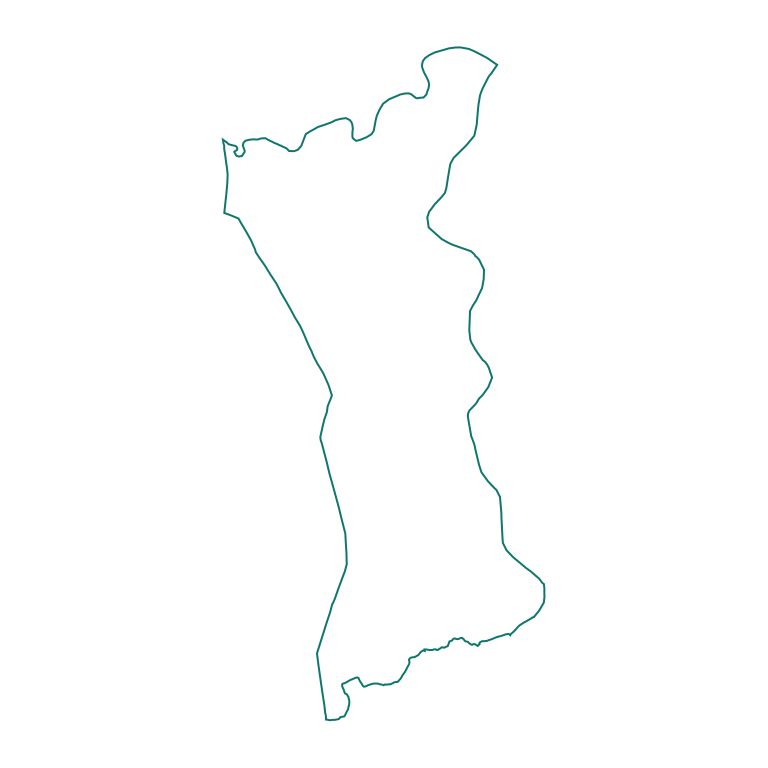 outline of Ziguinchor, Ziguinchor, Senegal, rotated 89°
{"feature_id": "50182788B19119296887329", "entity_name": "Ziguinchor", "entity_type": "district", "adm_level": 2, "iso_a3": "SEN", "parent_name": "Senegal", "parent_adm1": "Ziguinchor", "projection": "albers", "projection_center": [-16.18, 12.511], "detail": "fine", "context": "isolated", "style": "outline", "palette": "teal", "viewbox_px": 768, "rotation_deg": 89, "n_neighbors": 0, "source": "geoboundaries", "source_scale": "gbopen_adm2", "svg_char_len": 5743}
<svg xmlns="http://www.w3.org/2000/svg" viewBox="0 0 768 768"><g transform="rotate(89 384 384)"><path d="M66.9,265.3L64.4,268.8L59.8,275.2L56.7,280.8L52.8,288.1L50.5,293.2L48.8,301.6L48.8,306.8L49.5,313.0L53.4,327.5L56.1,333.2L58.9,337.3L62.0,339.6L65.6,340.4L68.2,340.3L73.3,338.5L77.9,336.1L82.0,334.3L85.4,333.6L89.3,334.4L92.0,335.5L95.3,336.6L98.3,339.5L98.4,342.8L98.9,345.0L98.7,346.9L94.6,352.0L93.8,354.5L94.0,358.6L94.8,362.6L96.7,367.2L99.2,373.6L103.7,380.0L108.5,383.0L109.5,383.6L115.9,386.6L120.5,387.8L125.1,388.7L130.7,389.9L134.0,392.1L137.0,397.2L139.4,403.4L140.4,407.5L139.0,409.5L137.5,411.0L135.6,411.3L133.6,411.2L131.7,411.2L128.4,410.7L123.7,411.2L121.5,412.1L119.5,413.6L117.5,417.5L118.2,423.1L119.4,427.8L121.5,432.1L123.5,438.0L125.9,445.6L127.9,449.2L129.8,452.9L131.3,455.4L132.7,457.8L134.9,458.7L135.4,458.9L144.4,462.5L148.3,466.0L149.6,469.7L149.6,470.9L149.4,474.8L148.4,475.7L146.6,477.5L146.4,478.1L146.0,478.7L145.5,479.9L145.1,480.7L144.8,481.3L144.3,482.2L143.7,483.5L143.2,484.8L142.8,485.5L142.5,485.9L141.7,487.8L141.2,489.1L140.7,490.1L139.8,491.5L139.1,493.4L138.3,494.6L137.5,496.3L136.5,497.6L136.2,498.2L136.3,502.7L136.8,504.2L137.4,506.0L137.1,510.1L137.4,514.0L138.4,518.5L140.4,520.3L143.0,521.0L145.0,520.4L148.2,519.2L149.9,519.5L152.2,521.2L153.5,522.0L154.1,525.0L153.6,526.3L153.1,527.6L152.4,528.0L149.4,529.7L148.3,528.5L147.7,527.1L146.8,526.6L145.2,526.7L144.3,527.3L143.4,528.4L142.7,531.2L142.6,531.5L142.1,533.3L141.4,535.4L140.6,536.1L139.5,537.2L136.9,540.8L140.6,540.3L142.9,539.6L146.0,539.7L151.5,538.9L160.4,537.9L165.4,537.2L171.6,536.7L174.3,536.8L180.8,537.2L191.8,538.4L205.2,540.1L210.2,540.7L212.2,535.4L216.0,526.6L220.8,524.0L228.1,519.8L237.9,514.5L247.4,510.5L250.0,509.9L256.2,506.0L262.9,501.4L272.2,495.9L282.2,489.5L291.1,485.3L301.1,479.7L308.5,475.7L316.3,471.7L324.6,466.8L331.6,463.7L344.7,458.4L349.9,455.9L355.8,453.6L361.2,450.9L361.7,450.7L362.0,450.6L365.0,448.7L372.0,444.6L384.1,439.5L394.4,436.3L396.7,437.1L405.2,440.7L411.1,441.6L417.8,444.1L426.2,446.3L435.9,448.6L439.1,448.3L441.7,447.4L449.7,445.4L460.8,442.7L473.5,439.9L481.7,437.7L495.0,434.3L506.0,431.5L516.7,429.1L532.8,425.3L540.9,425.0L552.0,424.5L563.8,424.4L566.2,425.2L570.4,426.3L575.8,428.5L588.9,433.6L597.1,436.6L602.2,438.8L602.5,439.3L606.4,440.5L611.4,441.9L622.2,445.7L652.1,455.7L654.2,455.5L666.0,454.2L691.4,451.0L705.3,449.1L711.7,448.6L714.0,448.0L717.4,447.8L718.5,447.8L718.7,447.0L718.7,446.2L718.9,445.5L719.1,445.0L719.2,443.7L719.1,442.6L718.9,441.1L719.0,439.4L718.8,438.4L718.6,437.1L718.2,435.1L717.2,434.1L716.3,433.4L715.9,430.9L715.6,429.4L713.4,428.2L709.9,426.4L708.6,425.5L707.7,425.4L706.5,425.2L704.7,424.6L702.9,424.3L700.3,424.2L698.3,424.6L697.4,425.0L696.1,425.0L695.2,425.7L693.6,426.6L692.6,428.5L690.8,429.1L689.3,429.5L685.6,431.1L683.8,431.0L683.5,431.0L683.0,430.7L682.7,429.7L682.4,428.4L681.5,426.7L680.9,425.5L680.1,424.2L679.1,422.2L678.4,420.2L677.7,418.7L677.3,417.6L676.9,415.9L677.4,414.7L679.3,413.9L680.8,413.2L682.4,412.1L683.2,411.6L683.7,411.3L684.2,411.0L685.0,410.7L685.4,410.3L686.2,409.6L686.2,408.3L685.6,406.6L684.9,405.3L684.5,404.0L683.9,402.1L683.4,399.9L683.3,398.5L683.4,397.5L683.4,395.5L684.1,393.6L684.7,390.6L685.2,389.6L684.4,388.3L684.7,386.4L684.2,384.3L684.5,383.3L684.2,382.4L683.3,380.5L682.5,378.9L682.1,377.3L682.2,376.2L682.0,375.5L678.8,372.4L675.6,370.6L671.8,367.8L670.8,367.3L669.7,366.7L667.7,365.6L664.5,363.8L662.5,363.3L660.2,363.9L658.9,363.1L658.0,361.6L657.8,360.6L657.7,359.0L657.3,357.5L656.7,356.5L655.6,354.4L654.2,353.3L654.0,353.1L652.3,351.6L651.1,349.5L651.6,347.9L650.1,348.1L650.2,345.9L650.8,343.1L650.8,340.5L650.2,338.6L650.2,337.1L650.3,336.6L650.6,336.4L650.7,336.0L650.9,335.0L650.6,334.3L650.2,334.0L649.3,332.3L648.2,330.6L648.7,328.3L648.0,327.0L647.4,325.4L647.2,325.1L647.1,324.8L642.5,323.0L641.8,320.6L640.1,319.3L639.7,318.4L639.7,317.4L640.3,316.2L640.3,315.6L640.3,314.0L639.5,312.3L639.1,310.5L640.6,308.8L642.6,307.3L643.3,304.6L644.8,303.3L646.2,300.9L646.3,300.7L646.3,300.4L645.7,299.4L645.7,298.8L645.6,298.4L646.0,297.0L647.5,295.0L646.7,293.9L645.6,292.9L645.1,293.2L644.2,292.9L642.9,290.6L642.9,288.7L642.7,285.7L642.2,284.4L641.8,283.3L641.2,281.3L640.2,278.7L639.4,276.7L638.8,275.0L638.4,273.0L637.9,271.1L637.5,269.8L636.8,267.8L636.4,266.3L636.1,264.4L636.4,263.1L637.4,262.2L636.1,261.4L634.5,259.4L633.3,258.1L632.1,256.9L629.4,254.5L627.8,252.8L626.5,250.8L624.9,248.3L623.5,245.4L621.6,242.1L620.4,240.0L620.1,239.8L619.8,238.9L619.5,238.0L619.4,238.0L616.7,235.7L614.2,233.5L610.9,231.3L608.6,230.0L605.3,228.0L599.9,227.3L594.4,227.3L591.7,227.2L586.9,227.6L585.5,229.3L581.5,232.1L573.8,240.7L570.6,245.0L560.2,257.0L558.9,258.4L552.4,264.4L545.0,267.9L540.4,268.2L519.1,268.9L515.5,268.9L499.0,270.0L491.8,273.5L489.3,276.1L483.0,281.8L474.0,288.1L466.0,290.5L463.6,291.0L451.5,293.7L446.4,294.6L442.3,296.0L437.7,297.7L420.3,300.4L418.2,300.7L415.1,300.5L412.0,299.1L405.3,292.4L400.2,289.2L396.8,285.6L389.0,279.8L379.5,275.8L370.0,278.8L366.9,280.2L363.9,282.3L361.6,285.0L357.0,288.2L350.6,292.4L346.3,294.6L344.5,295.7L341.3,296.9L333.9,297.6L332.1,297.8L312.5,296.7L307.2,293.8L301.8,290.2L296.8,287.8L289.9,284.3L281.0,282.5L271.5,282.0L261.2,286.8L258.5,289.4L257.5,290.6L256.0,291.3L252.7,294.8L252.2,296.3L251.7,297.6L248.6,306.0L246.9,310.5L246.8,310.9L246.3,312.2L244.1,316.9L240.1,323.8L228.3,336.6L218.2,337.8L212.6,335.9L207.5,331.9L205.1,330.1L202.7,327.7L197.8,322.9L193.9,319.7L189.0,318.2L179.7,316.6L169.4,314.7L164.7,313.7L159.1,310.4L146.8,297.5L137.4,289.4L126.5,286.8L113.5,285.5L106.0,284.6L96.8,282.9L90.7,280.5L84.3,277.1L78.5,274.0L74.8,270.9L66.9,265.3Z" fill="none" stroke="#0f766e" stroke-width="2"/></g></svg>